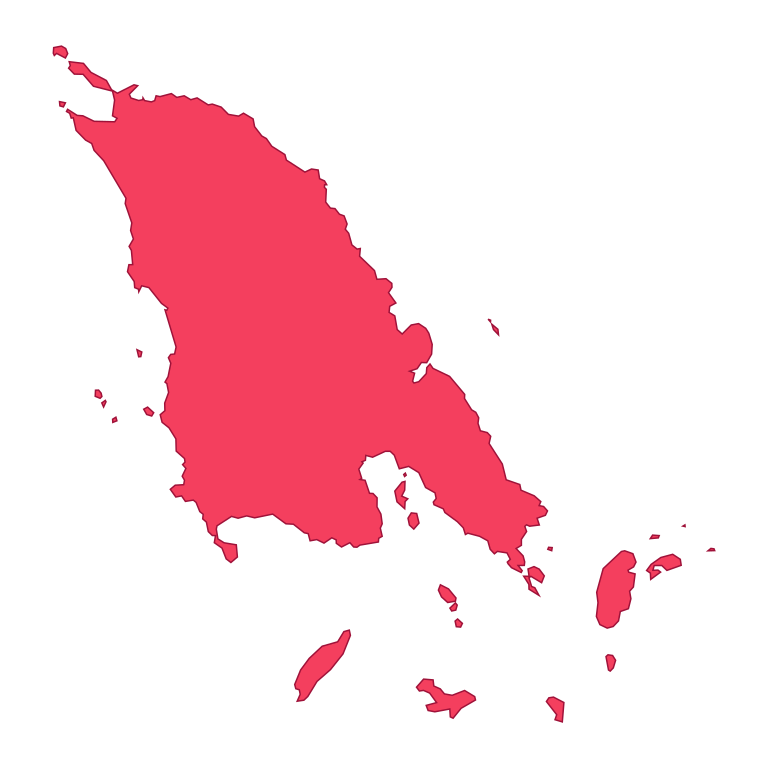 Ko Chang, Trat, Thailand
{"feature_id": "78962969B80719111705399", "entity_name": "Ko Chang", "entity_type": "district", "adm_level": 2, "iso_a3": "THA", "parent_name": "Thailand", "parent_adm1": "Trat", "projection": "mercator", "projection_center": [102.37, 12.028], "detail": "fine", "context": "isolated", "style": "filled", "palette": "rose", "viewbox_px": 768, "rotation_deg": 0, "n_neighbors": 0, "source": "geoboundaries", "source_scale": "gbopen_adm2", "svg_char_len": 6085}
<svg xmlns="http://www.w3.org/2000/svg" viewBox="0 0 768 768"><path d="M83.5,63.4L69.2,61.7L70.3,65.6L68.6,68.2L74.3,74.1L83.1,74.3L93.5,86.3L112.5,91.1L114.6,100.1L112.5,115.8L117.1,118.3L114.7,121.8L94.1,121.3L82.9,115.8L77.2,115.4L67.6,109.3L66.5,111.5L69.7,113.3L71.2,118.1L73.3,117.8L76.1,130.4L85.6,140.1L91.7,143.5L94.1,150.4L103.7,160.7L126.0,198.3L125.2,203.6L131.8,222.9L130.6,230.5L133.4,239.0L129.1,246.4L131.4,250.4L132.7,264.6L128.9,264.7L127.5,271.7L134.2,281.5L134.7,287.6L138.5,289.2L138.8,291.7L141.7,285.8L148.9,287.6L161.5,303.4L167.9,308.1L166.8,310.3L165.0,309.8L176.1,347.0L174.6,354.0L170.7,354.4L168.4,357.7L170.8,363.2L168.1,376.6L165.0,382.1L166.9,383.6L168.6,392.5L164.7,403.1L164.9,410.7L160.2,414.7L162.1,422.3L169.0,427.8L175.9,438.9L176.2,451.1L184.5,458.5L185.0,462.1L182.6,464.6L185.9,468.4L182.2,476.2L184.5,480.2L183.7,484.7L175.2,485.2L170.3,489.3L175.8,497.0L181.6,495.9L185.4,501.4L193.3,500.1L196.1,502.4L199.8,511.6L203.2,514.3L202.7,518.9L206.4,522.1L208.3,531.6L212.3,535.5L215.5,535.6L214.3,542.7L222.0,548.1L226.2,558.9L230.9,562.5L237.4,557.0L236.3,544.8L224.1,542.8L217.9,538.9L216.3,529.1L217.0,525.8L231.5,516.4L238.1,518.2L246.7,515.9L254.7,517.8L272.7,514.1L285.9,523.8L293.4,524.2L304.3,532.8L308.2,533.6L310.1,540.8L316.8,539.6L324.0,543.1L331.8,537.8L336.2,539.9L336.3,543.3L341.5,547.0L349.9,542.7L353.7,547.0L357.0,547.2L359.9,545.1L378.4,542.0L378.7,538.3L382.2,536.3L380.3,528.1L382.2,523.8L380.9,514.1L377.0,506.9L377.1,497.8L373.0,493.5L369.5,493.3L365.1,480.3L360.0,479.5L361.7,478.3L358.8,469.1L363.1,463.1L361.9,461.8L365.4,460.3L365.8,455.4L372.6,457.2L385.3,451.3L390.2,451.3L394.3,455.2L399.3,468.8L408.7,466.4L418.8,472.6L425.6,487.5L435.0,492.8L436.2,498.5L433.3,502.1L434.0,504.7L443.3,508.8L444.9,512.5L457.4,521.7L463.3,527.8L465.4,534.5L467.9,533.2L479.6,536.3L487.8,540.8L490.2,549.3L494.4,553.8L497.4,551.4L507.0,552.9L510.3,559.3L507.3,562.1L508.1,563.8L511.5,567.7L521.2,572.5L522.2,570.7L518.1,565.5L524.3,565.4L524.7,561.9L523.1,555.9L516.1,548.5L521.4,545.3L521.4,539.3L526.6,531.5L524.8,526.4L526.5,524.8L529.6,526.2L539.3,525.0L537.1,518.2L545.4,515.3L547.5,510.9L543.6,506.5L539.1,505.6L540.8,501.6L534.2,495.8L521.0,490.2L519.8,484.5L506.2,479.8L502.3,464.0L489.1,443.5L490.7,436.3L487.3,432.6L480.4,430.8L478.0,423.3L478.7,417.8L475.8,412.3L471.6,409.8L464.5,398.5L464.7,394.4L449.6,376.4L433.0,368.4L430.0,364.0L426.8,367.6L426.3,373.6L418.8,381.7L414.0,383.0L412.6,381.3L414.6,373.2L409.6,371.2L417.1,368.7L421.4,362.5L426.7,362.7L431.6,354.1L432.2,344.4L428.8,333.2L425.7,328.3L418.6,323.6L411.2,325.0L402.2,334.0L397.2,329.6L394.8,315.9L389.1,312.4L389.7,306.3L395.9,303.0L388.5,292.7L392.0,287.3L391.8,283.4L386.0,278.7L376.9,279.3L374.5,270.6L359.6,256.3L360.3,248.5L357.1,249.1L351.9,244.9L348.7,233.3L345.3,229.2L347.1,224.0L344.1,215.9L339.4,214.2L335.0,208.6L330.4,208.1L325.7,202.1L326.3,189.3L324.4,187.3L324.6,184.8L326.7,184.7L324.5,180.9L319.6,178.7L318.2,170.0L311.5,169.0L304.9,172.1L286.4,160.1L284.9,154.6L271.8,146.3L266.4,138.6L261.8,136.0L254.6,126.7L253.1,118.9L243.5,113.2L238.6,116.1L228.4,114.4L221.2,107.1L212.3,104.1L208.2,104.9L197.1,97.9L190.8,99.7L184.2,95.8L176.8,97.4L171.4,93.6L160.0,96.6L156.1,95.8L154.7,100.6L151.4,101.9L144.6,100.6L143.0,97.9L142.8,99.7L138.7,100.5L130.9,98.0L129.3,94.2L137.7,85.7L134.0,84.8L117.4,93.2L111.5,89.7L106.4,80.5L91.0,72.4L83.5,63.4ZM613.2,626.5L618.5,620.9L620.3,611.5L628.4,608.7L630.9,598.7L629.6,591.2L633.4,587.0L635.1,573.9L628.7,572.2L628.0,570.2L633.6,566.9L636.0,562.1L632.9,553.7L624.7,550.8L621.4,551.5L603.2,568.6L596.7,592.3L598.0,602.7L596.4,616.5L599.9,624.6L607.2,628.1L613.2,626.5ZM343.0,653.9L350.4,635.4L349.3,630.1L343.9,631.6L337.7,641.8L322.2,646.2L309.2,658.4L300.6,670.0L294.7,684.5L295.8,688.7L299.3,689.8L300.2,694.3L297.2,701.2L303.9,700.2L307.8,696.5L317.0,681.4L330.5,669.6L343.0,653.9ZM433.1,679.9L423.6,679.1L416.5,687.2L419.4,691.0L423.5,690.4L429.7,693.1L436.6,702.6L426.2,705.4L428.1,710.5L434.8,711.8L449.8,709.0L450.3,716.9L453.1,718.2L461.1,708.3L475.5,700.0L474.7,696.6L464.6,690.5L452.2,695.3L444.4,693.9L440.3,688.9L433.8,686.0L433.1,679.9ZM672.7,554.3L660.8,557.5L651.1,564.4L646.6,570.5L650.4,573.1L650.7,579.4L660.6,572.1L658.0,570.1L652.9,570.3L654.2,565.5L661.8,565.5L666.9,570.4L681.2,565.3L680.3,559.3L672.7,554.3ZM562.3,721.9L563.9,702.5L553.5,697.1L548.9,697.8L546.4,701.5L556.7,714.7L555.0,719.7L562.3,721.9ZM544.3,575.9L539.2,569.1L534.0,566.6L528.0,569.0L529.1,576.3L523.7,576.2L528.9,584.4L529.0,589.2L539.0,595.4L534.8,587.7L531.6,586.5L529.0,577.8L530.9,576.3L541.6,582.7L544.3,575.9ZM405.0,481.4L402.0,482.2L394.8,491.1L397.0,501.8L404.7,508.7L405.1,501.5L407.8,498.8L401.7,496.1L404.7,490.1L405.0,481.4ZM447.7,602.5L455.4,601.2L456.0,598.0L448.5,588.9L440.4,584.8L438.4,590.1L441.5,596.9L447.7,602.5ZM416.7,513.5L411.3,512.9L408.0,518.2L409.4,525.0L413.8,529.1L419.0,523.1L416.7,513.5ZM61.5,46.1L53.7,47.6L53.3,53.2L54.3,55.5L56.6,53.4L65.4,58.0L67.7,53.6L65.7,48.5L61.5,46.1ZM610.2,671.1L613.3,667.9L615.6,660.3L612.6,655.5L608.0,654.8L606.0,656.6L608.5,670.0L610.2,671.1ZM147.6,407.1L143.7,409.2L146.7,414.5L151.7,416.0L153.7,412.7L147.6,407.1ZM100.1,398.3L101.9,396.5L101.1,393.1L98.6,390.1L95.5,390.2L95.2,396.3L100.1,398.3ZM460.6,627.1L462.4,623.4L457.6,619.0L455.1,621.1L456.3,626.7L460.6,627.1ZM455.8,610.1L457.2,605.1L455.4,602.9L449.9,608.1L451.7,611.0L455.8,610.1ZM650.3,538.6L658.3,537.9L659.2,535.6L652.6,535.1L650.3,538.6ZM498.5,334.8L497.9,329.3L491.8,324.2L493.5,329.6L498.5,334.8ZM63.4,106.9L65.4,102.8L59.5,101.6L59.9,105.9L63.4,106.9ZM140.8,356.6L141.8,352.0L137.0,349.7L138.7,356.8L140.8,356.6ZM112.8,422.4L116.9,420.8L115.9,417.2L112.6,419.2L112.8,422.4ZM103.6,407.0L106.0,401.8L105.3,400.4L101.8,402.9L103.6,407.0ZM710.9,548.4L708.0,550.8L714.7,550.6L714.0,548.8L710.9,548.4ZM552.2,547.6L548.6,547.3L547.8,549.3L551.7,550.7L552.2,547.6ZM404.6,476.5L406.2,475.2L405.3,473.1L403.7,474.5L404.6,476.5ZM490.6,320.2L488.1,319.2L490.5,321.9L490.6,320.2ZM682.9,526.1L685.1,526.6L684.9,524.9L682.9,526.1Z" fill="#f43f5e" stroke="#9f1239" stroke-width="1.5"/></svg>